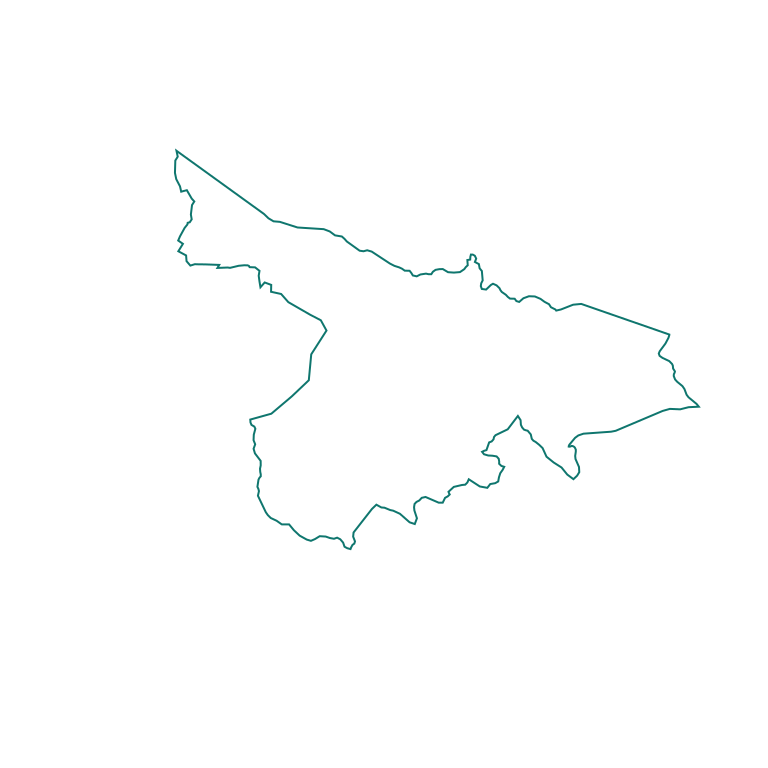 SVG path tracing the border of Assaba, rotated 297°
{"feature_id": "MRT-2789", "entity_name": "Assaba", "entity_type": "Region", "adm_level": 1, "iso_a3": "MRT", "parent_name": "Mauritania", "parent_adm1": "", "projection": "natural_earth1", "projection_center": [-11.553, 16.707], "detail": "fine", "context": "isolated", "style": "outline", "palette": "teal", "viewbox_px": 768, "rotation_deg": 297, "n_neighbors": 0, "source": "natural_earth", "source_scale": "10m", "svg_char_len": 3835}
<svg xmlns="http://www.w3.org/2000/svg" viewBox="0 0 768 768"><g transform="rotate(297 384 384)"><path d="M506.7,674.8L501.6,665.9L495.9,659.4L491.6,650.0L486.5,644.5L447.5,611.7L444.6,608.0L430.3,584.3L426.4,580.5L422.8,578.7L414.0,576.7L412.6,576.8L412.1,577.0L412.4,577.8L412.8,578.3L413.3,578.8L414.0,579.2L414.3,580.1L414.4,581.1L414.3,582.0L414.0,582.9L412.6,584.7L410.8,585.6L406.7,587.0L404.1,588.7L398.6,595.4L394.1,598.0L390.0,597.7L385.8,596.2L385.2,596.0L386.5,588.4L390.2,580.1L391.1,570.8L393.0,561.8L398.9,554.4L400.3,549.8L401.2,545.4L401.3,542.9L402.2,540.6L405.7,537.7L407.6,533.2L407.2,531.6L406.9,529.5L408.0,526.8L409.8,524.5L413.8,522.1L416.3,517.8L399.8,514.8L389.0,506.6L386.7,506.1L384.4,506.7L381.7,506.0L379.7,504.2L371.6,505.3L369.9,503.5L368.1,502.2L366.8,505.0L367.6,509.3L369.3,513.1L370.6,517.2L369.5,520.1L367.3,521.8L365.2,522.8L364.3,525.8L364.8,528.7L361.5,528.7L357.3,528.1L353.0,528.8L349.0,530.0L346.1,528.1L343.1,524.1L338.4,523.2L336.2,515.9L337.6,502.8L334.1,503.0L331.2,502.1L329.4,499.3L324.0,492.9L317.2,490.4L316.1,491.7L315.4,492.7L312.8,491.8L310.3,490.1L304.9,490.2L303.1,486.6L302.2,472.3L299.7,469.3L296.2,468.3L293.7,466.5L291.0,465.7L287.9,466.7L285.1,468.5L279.3,474.3L273.2,475.0L272.4,469.6L275.6,457.1L275.3,449.7L274.5,446.8L274.0,440.6L272.8,437.7L273.0,432.0L267.2,430.0L237.9,424.3L234.0,425.8L230.6,429.6L228.3,430.0L226.4,429.0L223.8,428.9L221.7,429.1L221.0,425.8L221.1,422.7L224.1,419.6L225.8,415.5L225.8,412.0L223.4,409.7L222.2,405.7L221.6,401.3L219.2,395.8L214.5,392.9L211.1,390.1L210.3,385.8L210.6,377.7L212.8,370.1L215.8,363.2L212.5,356.6L213.4,350.4L213.2,343.9L214.4,340.1L216.1,336.9L227.2,322.4L231.8,321.2L233.6,319.6L234.9,317.9L241.8,315.6L243.8,315.6L245.8,316.1L247.7,315.1L249.4,313.7L252.2,312.0L255.5,311.1L259.5,309.0L263.6,300.5L267.1,297.2L271.8,296.6L274.7,293.3L279.7,291.0L285.7,289.7L287.2,287.8L287.4,284.5L289.1,282.5L291.6,281.0L306.4,297.1L331.2,307.5L353.2,315.3L377.4,305.7L405.5,308.5L412.1,298.8L412.2,286.9L413.5,261.6L417.5,251.5L414.9,241.5L421.1,238.5L420.3,231.6L414.1,230.0L418.7,226.6L423.6,223.2L428.3,221.7L429.4,216.2L427.1,211.2L427.9,210.0L427.8,208.6L426.3,205.5L423.4,200.9L417.6,194.1L416.8,191.8L411.8,182.9L415.3,183.1L409.5,170.6L405.7,162.9L404.9,161.1L401.6,157.7L403.8,152.3L408.7,149.3L408.9,140.5L417.6,141.2L418.4,135.5L422.9,135.2L432.6,135.5L436.9,136.4L438.5,135.9L439.9,137.5L443.4,137.9L447.3,135.0L456.3,131.7L460.5,132.1L461.9,128.5L467.2,120.3L463.3,116.0L467.5,112.5L472.2,105.9L477.2,101.9L488.4,96.6L492.9,97.0L497.6,93.2L481.0,199.9L479.2,205.8L478.8,211.7L481.2,217.6L484.2,235.9L494.6,260.0L495.3,266.4L494.2,272.9L496.3,279.5L495.4,282.9L494.1,286.2L491.7,301.8L493.0,305.5L495.5,308.3L496.4,312.9L494.0,334.7L494.0,339.7L494.8,344.6L494.9,347.8L494.4,351.0L496.5,355.4L495.3,358.0L493.8,360.4L494.8,364.3L498.1,366.7L501.4,371.3L502.1,374.0L503.3,376.3L506.2,376.6L509.1,378.1L511.4,381.1L513.1,384.2L512.7,390.3L515.0,395.7L518.2,400.9L522.8,403.4L525.3,403.8L527.8,404.7L532.3,402.0L534.0,404.3L536.5,403.2L538.8,402.7L539.6,404.4L539.5,406.7L537.6,409.2L534.0,409.6L533.9,414.1L530.5,416.7L529.1,419.9L521.1,424.9L517.9,424.9L515.2,425.8L513.1,428.0L514.5,432.1L520.8,434.3L522.8,435.6L523.0,439.5L521.8,443.4L520.5,445.1L519.5,447.1L518.8,452.1L517.8,454.8L517.3,457.5L519.3,461.7L518.0,464.3L518.5,467.2L523.7,469.3L528.0,473.3L530.5,478.7L530.9,484.8L530.1,489.7L530.0,494.8L528.2,497.9L528.2,502.9L527.6,504.1L530.7,507.8L540.5,516.5L544.9,523.4L557.6,615.8L557.2,616.0L554.2,616.5L547.8,616.4L538.4,614.8L535.9,615.0L534.2,616.8L533.7,620.3L533.9,627.8L532.6,631.6L531.5,633.0L529.0,634.6L527.3,637.5L526.0,637.8L524.4,637.8L522.7,638.5L520.2,641.3L519.1,644.2L517.6,650.9L515.9,654.0L511.8,658.5L510.4,661.4L508.1,671.7L506.7,674.8Z" fill="none" stroke="#0f766e" stroke-width="2"/></g></svg>